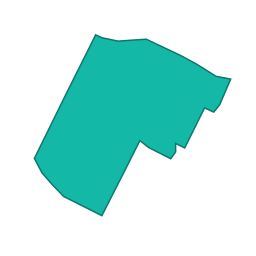 Yates, New York, United States of America (Robinson projection), rotated 297°
{"feature_id": "52423323B19157599393340", "entity_name": "Yates", "entity_type": "district", "adm_level": 2, "iso_a3": "USA", "parent_name": "United States of America", "parent_adm1": "New York", "projection": "robinson", "projection_center": [-77.099, 42.612], "detail": "fine", "context": "isolated", "style": "filled", "palette": "teal", "viewbox_px": 256, "rotation_deg": 297, "n_neighbors": 0, "source": "geoboundaries", "source_scale": "gbopen_adm2", "svg_char_len": 489}
<svg xmlns="http://www.w3.org/2000/svg" viewBox="0 0 256 256"><g transform="rotate(297 128 128)"><path d="M187.3,57.0L130.0,57.4L58.3,58.4L57.7,59.4L49.0,71.7L42.9,86.9L37.8,101.9L37.8,107.9L38.0,144.5L84.7,144.5L122.2,144.3L120.0,155.0L120.0,180.0L128.4,181.3L135.8,177.4L136.0,187.6L180.6,187.1L181.1,197.2L190.2,199.1L218.2,197.3L214.0,182.9L216.0,160.7L216.5,143.4L215.4,103.9L200.9,79.7L196.6,63.8L196.3,56.9L187.3,57.0Z" fill="#14b8a6" stroke="#0f766e" stroke-width="1.5"/></g></svg>